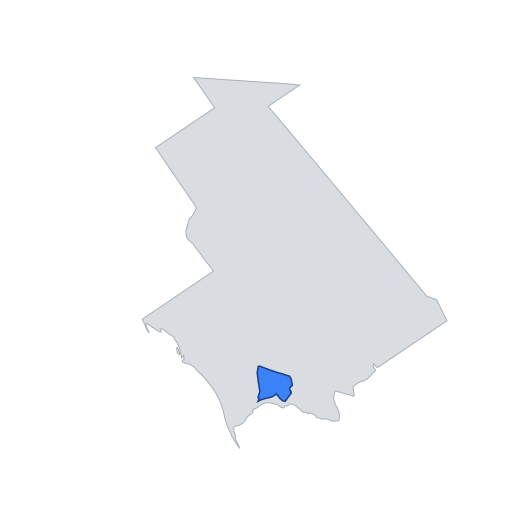 Aleg, Brakna, Mauritania (highlighted), rotated 326°
{"feature_id": "47542326B53604404291210", "entity_name": "Aleg", "entity_type": "district", "adm_level": 2, "iso_a3": "MRT", "parent_name": "Mauritania", "parent_adm1": "Brakna", "projection": "equal_earth", "projection_center": [-13.702, 17.041], "detail": "fine", "context": "in_parent", "style": "filled", "palette": "blue", "viewbox_px": 512, "rotation_deg": 326, "n_neighbors": 0, "source": "geoboundaries", "source_scale": "gbopen_adm2", "svg_char_len": 4221}
<svg xmlns="http://www.w3.org/2000/svg" viewBox="0 0 512 512"><g transform="rotate(326 256 256)"><path d="M228.7,436.9L228.3,436.7L225.9,434.5L224.8,432.0L222.9,430.1L220.4,428.8L218.7,427.3L217.9,425.7L217.0,424.6L215.9,424.0L215.9,423.4L216.1,422.6L215.9,421.1L214.3,417.8L212.9,416.2L211.7,416.5L211.1,416.1L210.7,415.3L210.5,414.3L209.7,413.3L208.3,412.9L207.1,410.4L206.2,405.9L205.1,402.3L203.8,399.8L202.8,398.8L202.1,398.7L201.8,398.3L201.6,397.5L200.5,397.3L199.0,398.0L197.7,397.8L197.0,396.5L196.1,396.4L194.9,397.5L193.6,397.2L192.2,395.5L191.4,393.9L191.3,392.3L188.9,389.1L184.1,384.4L179.0,382.1L173.4,382.4L170.3,382.2L169.6,381.4L168.9,381.5L168.3,382.4L167.5,382.6L166.7,382.1L166.3,382.4L166.1,383.7L164.1,384.3L160.4,384.3L157.4,385.1L155.1,386.5L151.8,387.2L147.6,387.0L145.1,386.4L144.2,385.5L143.0,385.3L141.4,385.8L140.0,388.2L138.8,392.4L137.8,394.9L136.9,395.5L136.1,398.7L135.6,404.0L134.8,406.3L134.9,393.1L136.1,388.1L136.5,383.7L139.1,374.1L142.2,366.2L145.1,355.8L146.2,345.7L145.9,335.8L145.1,327.1L143.7,321.3L142.4,312.9L140.4,308.5L136.7,304.6L135.8,302.3L136.7,301.5L139.0,300.9L140.4,297.9L137.4,299.1L141.0,289.9L142.1,283.6L141.9,279.5L142.6,277.0L140.0,271.5L137.9,264.6L136.8,263.5L135.7,262.9L135.6,264.5L135.0,266.0L133.7,265.1L131.4,260.1L128.3,251.9L127.2,251.0L126.2,252.2L125.6,253.2L124.5,260.1L124.2,257.3L124.7,254.2L125.5,250.2L126.4,244.8L129.2,244.8L134.2,244.8L144.2,244.8L149.1,244.8L159.1,244.7L164.1,244.7L174.1,244.7L179.0,244.7L189.0,244.7L194.0,244.7L203.9,244.7L208.9,244.7L212.2,244.7L212.0,240.8L211.9,237.7L211.6,233.6L211.4,229.5L211.2,225.4L211.0,221.5L210.8,217.7L210.6,214.1L210.5,210.8L210.2,209.0L209.1,205.2L208.9,203.4L209.2,201.4L209.9,199.6L211.8,196.2L214.7,193.6L218.1,190.6L220.7,188.4L222.0,187.8L226.0,187.0L229.2,185.3L232.2,183.6L233.5,182.7L233.7,179.5L233.3,110.0L248.5,110.0L252.5,110.0L280.4,110.0L284.3,110.0L304.6,110.0L304.6,106.7L304.5,102.0L304.4,95.6L304.3,89.2L304.1,77.9L304.0,73.2L308.1,76.3L316.2,82.6L320.3,85.8L328.4,92.1L336.5,98.4L344.7,104.7L348.8,107.9L352.8,111.0L356.9,114.2L361.0,117.4L369.2,123.7L372.7,126.4L377.9,130.6L382.9,134.6L387.8,138.7L380.3,138.7L370.3,138.7L363.4,138.7L356.4,138.7L349.8,138.7L350.5,145.2L351.3,152.4L352.0,159.5L352.8,166.7L353.5,173.9L355.8,195.5L356.5,202.7L357.3,209.9L358.0,217.1L358.8,224.3L360.3,238.8L361.0,246.1L361.8,253.3L362.5,260.6L363.3,267.8L364.0,275.1L365.5,289.7L366.3,297.0L367.0,304.3L367.7,311.6L368.5,318.9L369.2,326.2L370.0,333.5L370.7,340.9L372.2,355.5L372.9,362.9L373.7,370.2L374.4,377.6L375.1,384.7L377.8,388.5L381.2,393.2L380.3,399.8L379.3,407.8L378.1,416.5L369.0,416.5L359.9,416.5L337.4,416.5L332.9,416.5L310.4,416.5L305.9,416.5L297.2,416.5L294.6,416.3L293.7,415.6L293.3,411.1L292.6,411.4L291.7,412.7L291.2,414.2L291.4,416.0L291.3,417.6L288.4,418.2L284.5,419.3L280.4,420.1L276.2,419.8L274.8,419.5L273.3,418.9L270.0,418.2L268.2,418.2L266.1,418.3L263.7,418.7L262.9,419.5L261.1,422.9L259.3,426.8L258.2,426.7L256.8,424.6L253.2,420.6L248.9,415.3L246.9,412.7L245.9,412.3L243.8,414.2L242.0,416.0L240.2,418.6L239.4,421.1L238.7,424.0L238.4,427.4L237.7,431.4L236.2,434.6L234.5,437.0L233.1,438.2L232.6,438.8L228.7,436.9ZM139.0,292.2L137.6,295.1L136.9,294.0L136.7,292.1L138.0,289.4L138.6,288.1L139.7,287.6L139.0,292.2Z" fill="#d9dde1" stroke="#a8b0b8" stroke-width="1"/><path d="M216.6,374.4L212.9,369.7L211.9,368.3L210.5,366.8L209.2,365.3L208.3,364.2L207.3,363.0L207.0,362.5L202.9,357.1L201.1,354.5L200.1,353.0L199.2,351.8L198.5,350.8L197.5,349.4L196.1,348.7L193.2,351.9L191.8,353.3L187.0,362.7L186.9,363.1L186.5,363.9L186.3,364.4L186.2,364.7L186.0,365.1L185.7,365.8L185.4,366.3L185.2,366.6L184.8,367.4L183.5,370.4L178.5,374.4L178.8,376.0L176.3,377.7L178.9,377.9L179.4,377.9L180.2,378.2L180.9,378.4L181.6,378.6L182.9,378.9L183.7,379.3L184.8,379.6L185.6,379.9L187.1,380.6L188.0,380.8L189.2,381.3L191.0,381.8L191.9,381.8L192.8,381.9L195.8,381.8L196.2,387.6L197.1,390.8L198.0,391.8L199.0,392.8L199.9,392.5L202.2,391.6L207.9,389.6L208.7,389.2L208.7,388.3L209.2,388.2L209.3,385.5L210.1,384.3L213.5,383.6L213.8,383.5L214.3,382.7L214.9,381.3L214.9,380.6L215.6,379.4L216.3,378.2L216.4,376.9L216.5,375.5L216.6,374.4Z" fill="#3b82f6" stroke="#1e3a8a" stroke-width="1.5"/></g></svg>